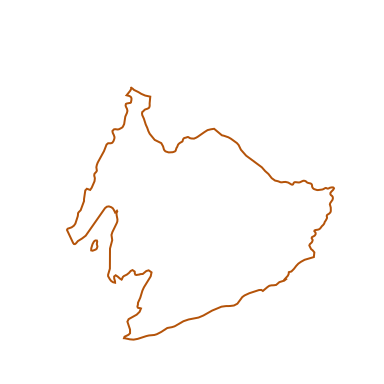 SVG path tracing the border of Lampung, rotated 64°
{"feature_id": "IDN-1229", "entity_name": "Lampung", "entity_type": "Province", "adm_level": 1, "iso_a3": "IDN", "parent_name": "Indonesia", "parent_adm1": "", "projection": "robinson", "projection_center": [104.899, -4.841], "detail": "fine", "context": "isolated", "style": "outline", "palette": "amber", "viewbox_px": 384, "rotation_deg": 64, "n_neighbors": 0, "source": "natural_earth", "source_scale": "10m", "svg_char_len": 4694}
<svg xmlns="http://www.w3.org/2000/svg" viewBox="0 0 384 384"><g transform="rotate(64 192 192)"><path d="M303.9,111.0L302.3,120.5L302.5,124.6L303.0,127.8L304.1,130.7L305.8,134.1L307.0,137.5L306.5,140.1L308.1,141.1L309.3,142.6L310.9,146.6L311.1,146.3L311.2,146.1L311.6,145.8L312.1,147.9L311.3,153.0L312.4,157.1L311.7,159.3L310.7,161.6L310.2,163.6L310.5,165.7L312.0,171.7L310.4,172.6L309.5,174.8L308.1,184.9L308.0,190.1L308.5,192.9L312.3,200.2L312.4,204.1L311.1,207.9L309.3,211.8L308.0,215.8L307.4,225.9L308.0,235.9L307.7,241.2L305.1,250.9L304.4,256.3L305.1,266.5L304.7,269.2L303.4,273.8L304.3,281.2L304.4,286.0L304.0,288.5L302.1,293.5L301.5,296.1L300.2,305.2L299.1,309.2L297.2,312.4L294.0,316.5L293.6,317.2L292.5,316.1L292.5,311.6L291.8,309.6L288.5,308.0L280.2,306.9L278.5,304.7L278.0,295.5L276.7,291.6L274.3,288.9L273.7,289.5L272.7,291.0L272.2,291.4L271.1,291.3L270.3,290.7L269.6,290.0L268.9,289.7L267.8,289.0L264.3,284.8L258.9,279.8L256.6,277.0L249.7,266.1L246.5,263.6L243.4,265.3L243.0,267.7L244.1,272.2L243.1,274.6L243.2,275.1L242.2,278.4L241.9,278.7L241.4,279.2L240.1,279.1L238.4,278.4L236.1,279.7L236.1,281.7L237.1,284.1L237.7,286.8L237.7,290.1L238.1,291.4L238.9,292.4L239.6,293.1L239.9,293.7L238.3,294.7L235.6,295.8L233.4,297.1L233.8,299.0L235.8,299.9L238.4,300.3L239.8,300.9L238.4,302.6L236.4,303.7L234.3,304.1L230.9,304.3L229.6,303.7L224.9,299.4L206.9,290.5L200.3,284.8L195.3,283.2L193.1,281.1L186.9,273.2L185.7,272.0L183.9,271.0L179.8,269.9L177.8,269.1L176.7,267.7L176.0,267.7L176.2,268.2L176.7,270.1L174.0,270.1L172.0,270.3L170.3,271.2L168.5,273.0L167.9,275.0L168.4,277.3L184.7,306.7L185.6,311.2L186.1,316.1L187.3,318.8L187.5,320.1L187.0,320.9L185.7,321.2L171.3,321.0L170.5,319.9L171.0,315.7L170.5,312.9L169.3,310.7L163.8,305.4L162.7,304.6L161.1,303.7L160.4,302.5L159.6,300.1L152.8,293.0L151.1,292.2L143.8,287.2L143.0,285.1L145.5,282.6L144.2,280.3L139.6,274.9L137.3,273.4L136.1,273.0L135.2,272.9L134.2,272.6L133.0,271.8L132.5,270.8L132.0,269.4L131.2,268.2L127.8,267.1L125.9,265.6L124.2,263.8L116.7,253.2L111.9,248.0L111.4,246.0L112.6,243.7L112.8,242.0L111.7,240.1L110.0,238.4L108.7,237.6L106.4,237.3L104.1,237.3L102.3,236.8L101.5,234.8L101.8,233.6L103.3,231.3L103.6,229.9L103.5,227.4L103.4,226.4L103.0,225.5L101.2,223.2L95.0,218.9L92.4,215.8L90.8,214.5L88.9,214.0L86.2,214.0L85.0,213.7L83.9,212.8L83.9,211.7L84.9,208.2L84.6,207.5L84.0,207.1L83.0,206.3L81.7,205.5L80.3,205.2L79.3,205.5L78.2,206.3L76.4,208.4L73.9,203.1L72.5,201.3L71.6,201.0L71.6,200.9L73.2,200.0L74.8,199.4L78.8,196.3L81.5,194.6L84.8,191.8L88.0,187.7L93.9,191.3L95.5,192.0L96.6,192.7L97.4,193.6L97.6,194.6L97.6,195.8L97.4,197.0L97.3,198.2L97.6,199.2L98.1,200.5L98.3,201.6L99.3,202.4L101.0,203.0L105.0,203.1L111.1,204.0L114.8,204.1L118.0,204.5L121.1,204.5L128.8,202.7L134.6,198.2L138.3,198.0L141.6,198.6L142.7,198.4L143.7,198.1L144.3,197.6L146.2,195.6L147.7,192.1L147.9,191.1L148.0,189.6L147.8,188.8L147.3,188.2L146.7,187.7L145.6,186.6L145.1,185.7L143.3,183.7L142.9,182.7L142.6,181.5L142.4,178.6L142.1,178.1L141.0,177.2L140.3,176.2L140.1,175.4L140.2,174.7L140.4,174.0L140.7,171.8L141.0,171.3L142.7,170.2L143.3,169.5L144.0,168.5L144.9,166.7L145.0,164.6L144.9,162.9L143.6,154.5L143.2,150.9L143.9,147.6L144.9,144.4L154.1,140.3L155.4,138.7L158.8,135.3L161.3,133.6L167.7,130.2L170.2,129.5L175.5,129.5L183.1,127.4L200.4,118.4L205.2,117.1L209.3,115.4L214.5,114.3L218.2,112.3L219.1,111.1L220.3,109.7L222.0,108.2L222.7,107.0L223.2,105.3L223.9,103.6L224.9,102.3L225.8,101.3L228.9,99.3L229.4,98.6L229.4,97.8L228.5,96.7L228.2,96.0L228.2,95.4L228.6,94.5L230.2,92.0L230.4,91.5L230.6,90.6L230.6,88.2L230.7,87.0L231.3,85.9L232.1,85.1L233.7,84.5L234.7,83.7L236.4,81.6L237.3,81.1L238.4,81.1L239.9,81.7L241.3,81.7L242.5,81.3L243.5,80.4L245.1,78.7L245.5,77.9L246.9,73.8L247.0,72.7L246.9,70.5L247.0,70.0L247.3,69.6L247.7,69.3L248.2,68.9L248.5,68.4L248.7,67.6L248.6,66.4L248.9,65.1L249.2,64.2L249.7,63.2L250.3,62.8L251.0,62.8L251.9,64.1L252.9,66.9L253.6,68.1L254.8,68.6L255.6,68.5L257.1,67.8L258.2,67.7L259.4,68.1L260.6,69.1L262.5,72.5L263.5,73.5L266.8,74.1L270.0,75.6L271.0,76.6L271.6,78.3L271.7,79.4L271.8,80.4L272.1,81.0L272.8,81.5L273.9,81.7L274.8,82.3L276.2,84.2L277.1,85.8L278.4,87.1L279.2,88.7L279.6,90.1L280.5,91.9L280.7,92.2L281.1,93.3L281.2,94.5L281.0,95.5L280.3,97.8L280.3,98.7L280.8,99.2L282.6,98.8L283.4,99.0L284.2,99.5L284.9,100.6L285.1,101.6L285.1,102.7L285.2,104.0L285.9,104.7L288.1,104.6L289.0,105.4L289.8,106.4L290.6,109.0L291.5,110.0L295.5,110.0L297.4,109.1L299.9,108.5L303.9,111.0ZM199.7,301.0L201.2,302.5L201.5,303.8L201.2,307.1L200.3,308.2L198.4,307.2L195.3,304.3L193.9,302.4L193.3,301.2L193.2,300.1L193.9,298.8L194.9,298.9L197.1,300.4L199.1,300.8L199.7,301.0Z" fill="none" stroke="#b45309" stroke-width="2"/></g></svg>